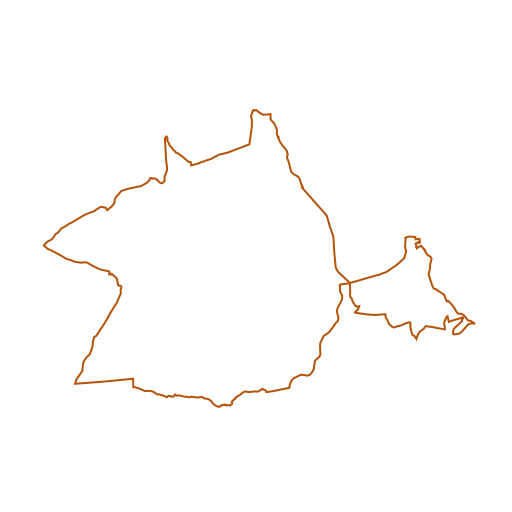 the district of Olcea, Bihor, Romania, rotated 353°
{"feature_id": "2599482B34496276641764", "entity_name": "Olcea", "entity_type": "district", "adm_level": 2, "iso_a3": "ROU", "parent_name": "Romania", "parent_adm1": "Bihor", "projection": "mercator", "projection_center": [21.974, 46.668], "detail": "fine", "context": "isolated", "style": "outline", "palette": "amber", "viewbox_px": 512, "rotation_deg": 353, "n_neighbors": 0, "source": "geoboundaries", "source_scale": "gbopen_adm2", "svg_char_len": 6110}
<svg xmlns="http://www.w3.org/2000/svg" viewBox="0 0 512 512"><g transform="rotate(353 256 256)"><path d="M465.1,349.9L460.9,346.3L459.9,346.3L458.7,345.9L454.8,339.8L452.4,338.2L450.2,338.1L449.2,337.4L448.6,336.7L446.5,331.7L443.6,326.9L441.1,323.8L440.0,324.4L439.4,323.4L438.8,321.4L438.3,317.9L435.9,315.5L431.2,311.7L431.1,311.2L428.4,310.0L427.9,308.1L427.3,306.9L427.0,305.7L426.9,304.3L426.2,301.6L425.6,297.5L425.1,295.3L425.2,294.7L425.6,293.8L426.8,290.7L427.2,289.4L428.0,285.1L429.5,281.4L429.9,279.5L429.7,279.0L428.0,277.0L426.7,276.4L424.6,272.4L424.8,271.6L424.7,271.3L424.0,271.2L423.9,270.8L424.0,270.6L423.5,269.1L422.9,268.9L421.2,265.9L419.7,266.6L418.7,266.6L416.6,268.0L416.0,266.6L416.4,264.8L415.9,263.1L418.3,262.2L419.4,263.0L420.0,262.9L420.5,261.7L420.0,260.9L420.6,259.3L419.3,258.8L416.4,258.9L416.4,256.6L411.0,255.4L409.9,255.4L406.3,256.2L406.4,256.9L406.5,258.1L405.6,262.0L405.1,265.3L405.2,267.1L405.7,269.4L404.0,273.6L402.7,276.3L402.3,276.7L394.5,282.1L387.4,285.7L384.0,287.6L376.4,289.5L371.3,290.2L347.0,294.1L345.7,293.7L345.2,293.8L344.7,292.7L335.9,282.2L334.9,280.3L333.9,277.8L333.7,276.1L334.2,260.7L335.0,248.9L335.1,246.3L334.9,244.9L333.1,236.7L331.2,224.9L329.9,222.7L310.0,193.7L310.9,193.3L309.6,190.1L309.0,186.2L307.8,182.7L303.3,179.3L301.2,176.8L299.9,166.4L299.0,163.4L298.8,161.7L299.1,160.3L299.8,159.6L299.8,157.6L299.1,154.8L295.3,148.7L295.1,148.0L294.3,147.1L293.2,144.0L292.5,141.3L292.9,140.9L293.0,140.6L292.9,140.4L292.1,140.0L291.6,137.8L291.6,136.8L292.1,134.5L291.9,132.3L291.3,129.8L290.1,126.5L288.3,124.1L287.5,122.6L287.1,121.4L287.6,118.5L287.7,117.0L280.5,116.7L279.7,116.3L277.2,114.4L274.0,111.2L272.4,111.5L272.0,111.3L271.8,110.9L271.2,110.8L270.5,111.5L268.0,116.8L268.5,120.0L268.2,123.2L267.5,127.7L263.0,144.4L240.1,150.0L231.2,151.0L223.5,154.1L211.8,156.5L211.1,157.0L202.9,158.2L202.6,154.8L200.9,154.6L198.2,151.9L195.4,148.7L191.1,144.6L189.4,143.9L188.2,141.9L186.7,140.6L185.6,138.0L184.7,137.2L183.9,136.0L183.4,134.3L183.3,133.4L182.1,131.1L182.1,130.3L182.5,127.9L181.8,126.5L181.5,126.4L179.9,128.2L178.5,150.0L178.5,155.4L178.3,159.1L178.0,160.3L177.7,161.0L175.2,165.5L174.5,168.3L174.4,170.6L174.0,170.9L172.8,171.5L171.8,172.3L170.3,172.0L169.4,171.3L168.3,170.0L167.6,168.7L167.1,168.6L166.8,168.0L165.9,167.1L164.3,166.6L162.5,166.7L162.4,166.6L162.2,166.2L161.9,166.0L160.7,165.7L159.9,167.0L158.8,168.3L157.0,169.8L150.3,172.7L146.6,172.8L137.5,173.7L132.2,174.6L130.0,175.2L126.4,178.6L123.7,180.9L122.7,182.8L122.2,185.2L121.0,187.4L117.8,190.0L116.5,190.5L114.0,192.5L112.6,189.7L109.0,188.5L107.0,188.6L102.3,190.8L102.3,191.3L101.2,191.7L94.6,193.2L90.1,194.6L81.0,198.6L76.9,200.5L74.6,201.1L70.8,203.2L66.4,204.8L65.9,205.1L62.3,208.8L60.4,209.4L59.6,209.9L57.3,212.8L55.5,214.4L54.5,215.0L51.4,216.0L49.3,217.3L48.6,218.1L47.2,219.1L46.9,220.4L47.9,221.0L49.9,223.3L56.8,227.8L62.9,232.1L67.6,235.8L72.4,237.9L75.0,239.4L76.4,240.0L81.9,241.4L84.7,241.3L87.1,241.8L89.7,243.5L92.0,245.5L99.4,250.1L101.1,250.9L108.3,253.3L108.7,254.7L108.2,255.4L108.0,256.1L108.8,255.9L109.6,256.8L110.5,256.2L111.6,257.2L114.5,260.6L115.2,262.0L115.4,263.0L115.4,263.9L115.2,265.2L115.4,266.0L115.5,267.4L115.7,268.3L116.2,268.8L117.5,268.9L118.1,269.2L118.3,269.5L118.6,271.2L117.7,272.6L117.5,273.3L117.4,275.6L117.2,276.7L112.2,285.3L104.6,294.6L101.0,299.8L98.3,303.3L90.6,312.4L89.6,313.7L88.0,315.6L85.3,316.9L84.1,320.6L83.5,321.4L83.4,322.5L82.3,327.1L79.3,332.8L78.9,333.5L75.5,335.9L74.4,337.0L72.2,339.8L71.5,341.2L70.2,346.2L69.7,348.7L69.4,349.2L62.9,356.4L62.2,357.7L61.2,359.7L60.9,360.8L87.2,362.0L107.3,362.6L119.0,362.8L118.3,371.3L119.4,371.3L124.4,373.6L129.3,376.5L132.8,376.7L134.7,377.1L136.3,377.6L138.6,379.0L139.0,379.9L141.1,380.9L141.8,381.5L142.6,381.5L143.5,381.8L145.1,382.7L146.1,382.7L150.0,385.2L150.9,385.0L151.1,384.5L152.0,384.2L154.0,384.6L154.3,385.1L154.6,385.3L156.3,385.5L157.4,385.2L158.1,384.6L158.6,383.6L159.0,383.7L160.2,384.9L161.0,385.0L162.4,384.9L167.8,386.9L170.8,387.4L172.8,388.2L174.4,387.7L177.7,388.5L179.4,389.1L181.5,389.4L184.4,389.2L185.4,389.5L186.3,390.1L186.7,390.8L187.8,391.2L190.4,391.8L192.3,393.1L193.8,394.3L194.7,396.3L196.5,398.6L198.7,400.3L199.7,400.6L200.6,401.2L201.0,401.0L202.5,400.9L203.1,400.0L205.0,399.8L205.6,400.0L206.9,399.6L207.2,400.2L208.0,400.4L208.7,400.8L209.3,400.4L212.0,401.2L212.5,400.7L214.3,399.8L214.3,397.6L215.2,396.9L215.7,396.8L216.8,395.4L218.3,395.1L218.6,393.9L223.4,391.8L226.6,389.7L228.2,389.2L229.3,389.2L231.2,390.0L232.5,390.2L238.6,390.3L241.0,390.8L242.3,390.5L246.3,388.6L247.2,389.6L248.1,389.9L249.2,390.7L249.8,392.4L256.1,392.2L273.0,390.9L273.7,388.2L275.6,384.7L276.8,383.3L278.9,381.8L285.9,379.4L287.3,379.5L292.6,381.0L294.4,380.7L296.9,378.9L299.8,375.0L300.4,371.7L301.0,370.2L301.4,368.4L301.3,367.9L302.0,367.1L303.7,365.7L306.6,363.8L307.2,362.9L307.9,361.5L308.6,352.9L309.4,349.7L310.5,348.2L312.8,344.4L313.6,343.5L318.1,341.3L319.4,340.4L325.0,334.7L326.7,332.4L328.7,331.1L329.3,330.2L330.0,328.6L330.2,327.2L329.8,322.9L329.5,321.1L329.8,319.8L330.4,318.2L331.5,316.2L335.1,311.3L336.4,308.2L336.7,305.9L335.2,301.8L335.7,294.7L339.2,294.5L345.9,294.5L345.0,304.1L344.4,306.8L344.4,307.5L346.1,310.5L346.2,312.2L346.5,313.2L347.7,315.9L348.9,318.0L351.0,318.6L352.3,318.4L351.9,319.3L351.1,319.8L351.0,321.3L350.6,321.8L348.5,322.8L347.3,324.0L347.8,324.5L360.0,327.7L366.5,329.0L377.4,329.6L377.2,332.7L378.3,334.9L380.0,340.3L381.5,341.5L382.5,343.0L384.5,343.8L386.6,343.2L391.9,342.5L396.1,341.1L399.7,340.5L401.0,340.8L401.0,342.2L400.5,344.8L400.7,347.6L401.1,350.6L401.8,353.6L403.5,354.7L404.2,356.4L405.1,358.0L406.8,354.3L408.9,351.5L413.6,348.6L415.9,346.3L423.4,348.3L427.1,349.6L434.5,351.8L434.8,348.4L434.5,347.3L434.5,345.3L436.4,341.8L437.9,339.5L438.7,339.1L439.4,344.9L442.9,344.0L450.7,342.8L453.4,342.0L453.9,342.4L453.9,342.9L452.6,344.4L452.7,345.7L443.9,352.0L443.2,353.0L442.6,354.2L442.1,357.3L443.7,358.1L447.1,357.8L449.1,357.5L452.0,355.4L457.8,350.1L459.4,349.4L461.7,349.1L465.1,349.9Z" fill="none" stroke="#b45309" stroke-width="2"/></g></svg>